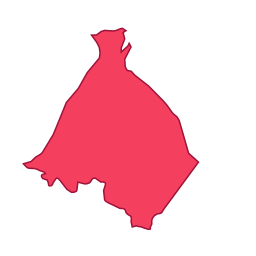 SVG path tracing the border of Ida-Viru, rotated 296°
{"feature_id": "EST-1655", "entity_name": "Ida-Viru", "entity_type": "County", "adm_level": 1, "iso_a3": "EST", "parent_name": "Estonia", "parent_adm1": "", "projection": "mercator", "projection_center": [27.147, 59.161], "detail": "fine", "context": "isolated", "style": "filled", "palette": "rose", "viewbox_px": 256, "rotation_deg": 296, "n_neighbors": 0, "source": "natural_earth", "source_scale": "10m", "svg_char_len": 1612}
<svg xmlns="http://www.w3.org/2000/svg" viewBox="0 0 256 256"><g transform="rotate(296 128 128)"><path d="M195.5,54.5L197.7,58.8L203.0,61.6L205.5,64.3L208.3,71.2L209.4,73.3L210.8,74.9L213.8,77.6L215.1,79.2L214.6,83.5L211.7,81.7L206.6,86.0L197.0,86.8L193.3,88.6L201.8,92.0L204.6,91.9L202.2,95.2L188.5,94.9L181.9,98.6L179.4,102.0L180.4,106.1L178.4,111.0L174.7,128.3L167.9,147.5L165.9,152.4L160.8,161.8L159.5,167.0L157.5,170.3L157.3,170.6L146.9,180.0L131.9,193.5L128.2,206.3L71.0,195.8L70.3,195.7L66.9,195.4L66.1,195.0L65.2,194.3L63.6,191.9L60.7,190.1L57.8,189.6L56.6,189.6L55.1,190.0L52.0,191.5L49.4,191.5L48.3,191.7L47.5,192.2L46.6,192.1L45.9,190.9L45.3,187.4L44.8,182.5L44.2,181.3L44.1,180.2L43.8,179.3L43.8,178.4L40.9,175.2L45.1,171.9L48.7,170.4L49.5,169.6L50.0,168.6L50.1,167.0L50.3,165.4L51.0,163.5L52.7,161.8L53.5,160.5L53.5,159.1L52.2,155.9L52.1,143.0L52.5,139.6L53.3,138.4L61.1,133.5L67.4,132.5L68.4,132.0L68.9,130.9L68.6,129.6L68.4,128.8L67.5,127.2L68.6,120.6L67.9,119.3L66.7,118.2L63.2,117.9L61.5,117.2L59.4,114.9L58.6,112.8L57.4,106.7L49.3,109.4L48.5,109.2L46.9,108.0L45.4,105.4L46.1,100.0L51.0,90.0L52.1,87.1L51.7,85.9L50.7,85.4L45.9,84.7L44.8,84.9L43.6,84.8L42.6,84.4L41.7,83.1L41.5,82.5L41.8,81.8L43.9,80.3L45.8,78.2L45.2,73.5L45.7,72.6L46.4,71.6L47.3,71.1L48.1,71.1L49.0,71.7L50.7,73.7L51.6,72.3L51.0,67.0L51.1,64.3L50.6,61.8L48.7,57.3L48.3,55.9L48.2,54.9L48.7,53.2L49.8,50.1L50.0,49.7L55.4,55.6L61.2,57.7L66.1,60.9L68.4,61.8L89.4,63.7L108.1,62.5L123.8,61.4L141.9,66.0L160.0,67.1L178.3,71.6L183.2,70.0L187.8,66.9L191.2,62.5L195.5,54.5Z" fill="#f43f5e" stroke="#9f1239" stroke-width="1.5"/></g></svg>